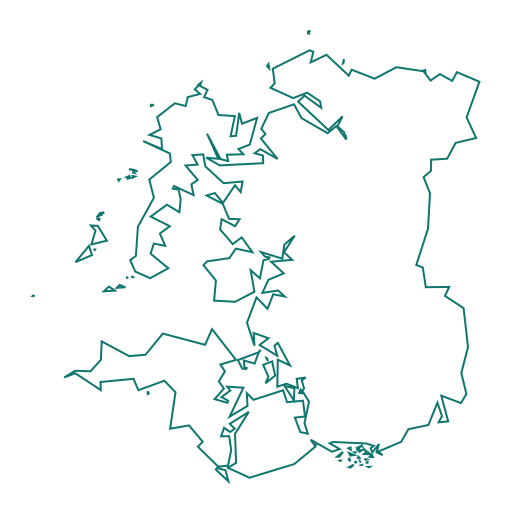 Belmullet-Lea-3, Mayo, Ireland (Albers equal-area conic projection)
{"feature_id": "5873133B47562740874876", "entity_name": "Belmullet-Lea-3", "entity_type": "district", "adm_level": 2, "iso_a3": "IRL", "parent_name": "Ireland", "parent_adm1": "Mayo", "projection": "albers", "projection_center": [-9.902, 54.113], "detail": "fine", "context": "isolated", "style": "outline", "palette": "teal", "viewbox_px": 512, "rotation_deg": 0, "n_neighbors": 0, "source": "geoboundaries", "source_scale": "gbopen_adm2", "svg_char_len": 6103}
<svg xmlns="http://www.w3.org/2000/svg" viewBox="0 0 512 512"><path d="M468.0,347.1L463.6,308.2L445.0,295.9L449.2,286.9L425.8,287.2L422.8,267.5L416.3,265.0L428.0,228.6L430.0,193.3L423.6,177.2L431.0,170.7L431.1,159.7L447.2,158.7L455.6,142.9L476.1,138.0L466.6,117.4L479.4,81.7L456.9,72.2L452.2,80.9L439.9,74.1L430.5,80.6L423.6,71.3L396.5,67.2L374.6,78.7L351.6,69.7L348.8,75.7L326.5,54.8L310.7,62.4L313.3,51.9L309.6,50.3L272.8,68.7L274.7,83.4L270.5,87.8L293.1,98.1L307.2,92.7L320.1,101.3L321.2,107.8L304.5,95.6L298.1,101.7L328.4,130.0L342.6,116.3L337.4,126.3L343.9,132.0L344.4,133.0L343.8,134.6L345.7,135.5L346.3,139.6L336.4,126.1L327.6,133.2L301.5,118.1L294.0,104.3L268.9,112.9L261.3,128.8L265.4,134.0L260.9,138.5L277.6,159.0L260.3,149.1L254.6,153.2L262.9,155.5L263.2,163.2L219.8,165.4L206.3,157.7L218.3,158.8L207.0,133.6L220.6,159.1L228.1,161.1L226.8,154.7L243.4,154.3L238.5,149.0L249.8,144.6L257.1,117.9L242.0,123.7L239.2,112.9L236.1,135.8L230.6,136.3L234.9,116.1L218.5,115.0L212.4,100.0L204.1,97.2L207.5,89.8L198.6,85.2L194.8,89.4L200.1,93.9L187.8,97.1L185.7,106.0L174.8,103.3L157.2,117.1L160.6,129.3L149.5,134.9L161.3,138.4L162.1,149.1L143.0,141.0L169.9,153.5L170.8,162.0L149.3,179.6L153.9,197.8L137.9,226.7L135.9,255.9L130.2,260.2L135.3,271.6L150.2,278.2L168.3,268.2L150.6,253.7L153.8,243.6L165.2,245.8L159.9,233.5L169.8,226.2L150.7,216.6L166.9,204.7L179.4,212.2L180.7,199.3L178.5,189.5L172.8,188.7L174.0,186.0L193.6,195.1L191.4,184.4L197.7,179.9L185.5,165.5L197.6,164.6L192.4,155.1L203.2,154.4L205.4,166.5L223.7,183.2L242.5,181.5L240.7,192.1L235.0,185.3L222.9,203.0L214.9,193.1L206.7,195.5L222.8,203.9L229.1,218.9L239.6,219.2L235.1,226.2L221.7,219.2L220.1,229.4L232.8,244.1L241.7,237.4L252.4,252.2L235.8,248.6L229.4,258.1L207.0,261.4L203.5,265.2L215.9,280.5L214.1,300.6L235.1,301.8L254.4,291.8L250.6,270.2L259.9,278.3L263.5,260.2L268.9,259.0L269.5,257.4L265.1,256.7L261.1,252.1L282.3,258.6L284.4,244.6L294.7,235.7L284.0,252.2L292.2,259.9L271.1,261.7L283.7,273.4L268.4,279.8L262.4,292.9L278.1,290.5L284.7,296.5L273.2,294.3L267.5,308.8L256.5,297.4L247.0,322.7L254.5,345.7L253.6,333.0L268.5,338.2L259.6,345.0L277.2,355.7L274.5,345.6L277.8,342.9L290.0,365.5L277.8,359.7L277.3,386.7L286.4,383.7L297.9,388.1L296.7,378.8L305.7,377.5L301.8,380.4L304.1,388.5L302.2,390.6L309.0,401.7L304.5,423.1L307.8,433.7L300.3,432.1L294.9,417.6L305.0,416.5L303.0,400.7L287.1,402.2L283.1,390.3L253.5,399.8L246.8,393.1L247.5,405.9L229.6,416.7L243.4,387.7L227.2,386.7L230.3,390.5L221.5,397.1L228.2,400.7L227.4,402.8L214.6,399.1L223.9,388.5L218.8,381.4L224.9,371.4L220.4,364.5L236.0,359.9L212.0,329.1L205.1,344.8L162.8,333.6L145.5,354.8L129.1,356.1L101.7,341.4L100.9,359.8L90.5,371.3L75.1,370.8L64.1,377.5L75.2,373.2L100.8,390.1L100.5,382.0L133.5,378.8L138.4,390.2L164.4,380.7L175.5,392.3L170.1,428.7L189.0,425.4L202.7,441.7L197.9,446.7L218.3,466.7L228.0,465.6L231.2,450.1L229.2,436.2L221.1,436.3L224.1,427.8L230.2,432.0L234.7,428.7L229.8,423.8L248.8,411.9L235.0,433.9L236.1,462.9L227.9,467.8L249.5,477.7L294.4,464.0L315.5,446.5L310.7,439.7L331.9,451.7L339.7,449.1L329.7,443.3L333.2,442.0L366.5,443.5L373.8,445.9L370.6,448.3L372.3,452.4L379.0,444.0L376.5,452.2L382.5,455.1L378.2,451.6L401.2,441.8L408.4,429.2L428.4,425.0L437.4,402.7L442.0,416.0L438.6,422.3L448.2,421.4L441.3,395.7L461.0,403.1L466.4,393.9L461.3,373.0L468.0,347.1ZM254.7,363.5L258.7,352.3L237.9,360.0L242.2,368.6L246.1,369.1L246.7,368.1L244.4,367.1L243.8,360.5L254.7,363.5ZM272.1,361.4L263.2,364.9L268.4,376.8L265.6,383.2L275.1,375.6L272.1,361.4ZM106.9,240.7L97.7,225.8L90.9,225.5L95.5,230.6L91.4,244.4L106.9,240.7ZM92.0,255.1L88.9,245.9L75.5,262.2L92.0,255.1ZM225.4,470.2L217.0,468.0L215.8,469.6L228.4,481.3L225.4,470.2ZM284.6,386.0L293.9,400.4L294.4,388.2L284.6,386.0ZM114.8,290.6L108.9,286.6L103.9,291.3L114.8,290.6ZM339.3,456.7L343.0,451.9L337.0,456.7L339.3,456.7ZM133.9,169.8L129.0,169.1L137.7,171.5L133.9,169.8ZM125.4,287.3L119.6,284.9L116.8,287.8L125.4,287.3ZM366.9,451.4L364.0,454.0L370.4,454.2L366.9,451.4ZM350.7,449.7L350.5,447.5L348.4,448.3L350.7,449.7ZM356.3,448.9L359.5,451.8L361.1,450.7L356.3,448.9ZM350.3,455.6L354.2,455.0L349.0,453.0L350.3,455.6ZM269.2,68.4L268.5,64.0L267.0,66.2L269.2,68.4ZM373.0,457.1L371.9,454.8L369.7,456.8L373.0,457.1ZM302.7,393.3L300.6,389.8L299.2,393.0L302.7,393.3ZM360.4,458.8L358.4,456.7L357.8,457.9L360.4,458.8ZM359.1,448.4L360.5,446.2L357.4,447.7L359.1,448.4ZM98.4,214.6L102.7,213.2L104.3,212.8L100.7,212.7L98.4,214.6ZM266.3,357.9L268.0,361.1L266.9,358.1L266.3,357.9ZM350.4,467.6L353.8,464.7L349.0,467.2L350.4,467.6ZM150.9,106.0L153.9,104.9L151.0,104.8L150.9,106.0ZM350.2,461.4L349.5,458.7L348.7,459.3L350.2,461.4ZM147.5,391.3L147.8,394.0L148.8,393.4L147.5,391.3ZM128.7,177.7L126.6,178.8L130.6,178.0L129.3,176.4L128.7,177.7ZM200.3,84.8L201.1,82.5L198.6,84.6L200.3,84.8ZM96.6,218.6L99.2,220.1L99.5,218.9L96.6,218.6ZM309.1,31.5L310.4,30.7L307.2,31.8L309.1,31.5ZM100.0,215.6L97.9,215.7L96.5,217.3L100.0,215.6ZM129.0,176.1L127.0,177.0L128.7,177.3L129.0,176.1ZM259.5,351.6L260.6,349.8L259.2,351.5L259.5,351.6ZM132.9,177.6L135.1,176.5L132.6,176.0L132.9,177.6ZM310.1,33.8L308.0,33.1L308.0,33.4L310.1,33.8ZM118.7,180.7L119.8,179.3L118.2,179.4L118.7,180.7ZM425.4,72.1L425.2,70.0L423.4,70.5L425.4,72.1ZM364.5,458.9L365.7,459.8L366.7,459.5L364.5,458.9ZM365.1,450.3L364.5,449.2L363.4,449.5L365.1,450.3ZM343.9,59.1L343.0,63.4L343.6,62.9L343.9,59.1ZM356.8,462.8L355.6,461.7L355.2,462.3L356.8,462.8ZM133.9,172.4L132.2,172.5L134.4,172.9L133.9,172.4ZM101.5,215.0L101.9,213.8L100.6,214.9L101.5,215.0ZM367.4,462.8L367.6,462.1L365.8,462.4L367.4,462.8ZM93.6,249.4L94.8,250.0L95.1,249.5L93.6,249.4ZM126.8,277.2L126.2,277.2L128.2,278.3L126.8,277.2ZM132.4,276.6L131.4,277.3L133.0,277.0L132.4,276.6ZM34.5,296.2L33.2,295.4L32.6,296.0L34.5,296.2ZM369.1,467.3L369.8,466.8L368.3,466.9L369.1,467.3ZM362.1,446.4L361.8,445.9L361.3,446.1L362.1,446.4ZM362.1,465.0L362.9,464.4L361.6,464.9L362.1,465.0ZM316.3,444.3L317.1,443.7L315.3,444.8L316.3,444.3ZM355.1,452.6L356.7,452.2L354.6,452.3L355.1,452.6ZM340.3,460.9L341.7,460.2L339.8,460.6L340.3,460.9ZM360.0,461.4L360.2,461.8L361.1,461.7L360.0,461.4Z" fill="none" stroke="#0f766e" stroke-width="2"/></svg>